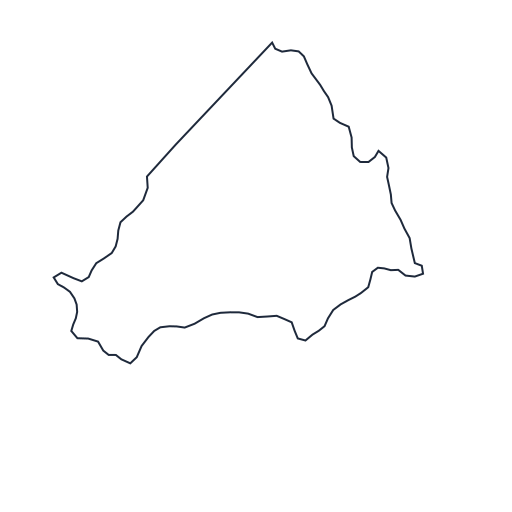 São João do Manteninha, Minas Gerais, Brazil (orthographic projection), rotated 132°
{"feature_id": "56859067B59814969540954", "entity_name": "São João do Manteninha", "entity_type": "district", "adm_level": 2, "iso_a3": "BRA", "parent_name": "Brazil", "parent_adm1": "Minas Gerais", "projection": "orthographic", "projection_center": [-41.155, -18.739], "detail": "fine", "context": "isolated", "style": "outline", "palette": "slate", "viewbox_px": 512, "rotation_deg": 132, "n_neighbors": 0, "source": "geoboundaries", "source_scale": "gbopen_adm2", "svg_char_len": 1554}
<svg xmlns="http://www.w3.org/2000/svg" viewBox="0 0 512 512"><g transform="rotate(132 256 256)"><path d="M86.6,386.8L226.7,390.2L246.6,390.2L269.9,390.2L277.8,382.1L290.1,377.1L298.9,377.1L305.4,377.1L313.3,378.6L321.6,379.3L329.2,375.4L335.9,370.3L342.8,366.7L350.3,365.2L359.6,367.4L368.2,369.9L376.7,368.5L383.6,366.2L391.4,368.5L394.6,376.8L398.6,389.4L407.3,392.0L409.5,384.4L407.9,377.8L407.1,370.3L409.0,362.6L412.1,356.8L417.2,351.5L422.9,348.2L429.2,346.0L435.3,343.1L436.6,333.7L429.6,325.4L425.3,316.1L428.5,306.2L428.1,299.3L423.3,293.9L422.9,287.0L419.9,277.6L411.0,276.9L399.4,280.8L388.1,281.7L379.8,281.5L373.0,279.4L366.1,273.3L361.4,267.8L356.9,261.1L347.4,256.3L337.0,253.0L328.8,249.4L322.0,244.4L315.1,237.5L309.2,230.9L304.1,223.3L300.4,214.0L293.4,207.1L286.6,200.6L283.8,192.5L281.4,185.1L285.7,177.3L289.3,169.8L285.7,162.7L276.6,161.4L269.5,159.3L262.3,158.1L254.2,160.8L244.4,162.5L235.2,160.7L227.1,157.9L219.7,155.0L213.1,153.2L204.1,151.7L196.9,155.3L190.1,159.0L183.2,157.6L179.4,152.4L176.3,146.3L171.1,141.0L170.5,131.8L165.0,124.2L157.4,120.0L152.3,126.3L155.0,133.2L151.0,139.0L146.4,145.6L139.9,153.8L136.3,164.1L132.4,172.7L129.1,183.1L125.9,190.7L120.1,196.9L114.3,204.8L109.5,211.5L102.0,216.4L95.7,225.1L95.9,235.3L102.9,233.9L110.9,235.3L116.4,241.5L116.4,250.2L111.2,257.4L104.0,264.2L97.9,273.6L100.9,282.7L102.0,290.3L93.7,300.4L89.7,308.7L88.0,315.9L85.9,322.8L83.1,336.9L79.1,346.4L75.6,354.0L75.4,361.2L79.8,367.7L86.7,373.4L89.1,380.4L86.6,386.8Z" fill="none" stroke="#1e293b" stroke-width="2"/></g></svg>